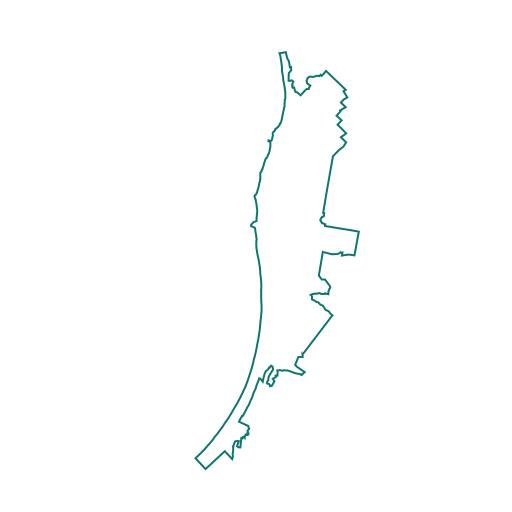 the district of Rojas pag., Rojas, Latvia, rotated 231°
{"feature_id": "27541924B95337165312273", "entity_name": "Rojas pag.", "entity_type": "district", "adm_level": 2, "iso_a3": "LVA", "parent_name": "Latvia", "parent_adm1": "Rojas", "projection": "albers", "projection_center": [22.762, 57.524], "detail": "fine", "context": "isolated", "style": "outline", "palette": "teal", "viewbox_px": 512, "rotation_deg": 231, "n_neighbors": 0, "source": "geoboundaries", "source_scale": "gbopen_adm2", "svg_char_len": 6021}
<svg xmlns="http://www.w3.org/2000/svg" viewBox="0 0 512 512"><g transform="rotate(231 256 256)"><path d="M287.6,397.6L294.9,396.7L294.5,403.2L301.1,402.7L306.7,402.0L307.6,407.9L314.3,406.9L315.0,411.2L315.5,413.0L316.2,413.0L315.2,419.4L321.8,418.5L322.4,422.7L321.7,426.7L329.0,427.7L328.7,430.3L355.8,426.9L355.3,424.8L354.6,420.5L356.2,420.3L355.9,418.5L356.4,418.1L356.9,417.5L357.7,416.9L359.1,413.2L361.0,411.3L361.7,410.3L361.8,407.9L361.5,407.7L360.3,405.5L357.9,404.4L354.2,405.4L354.0,404.3L353.3,403.4L353.4,403.0L352.6,402.1L353.9,400.3L353.8,398.5L352.8,391.8L356.3,391.2L358.1,390.6L358.5,390.0L360.1,390.3L363.0,391.7L363.8,390.3L364.5,390.6L365.4,391.1L365.6,391.8L366.4,391.9L367.6,393.9L368.0,394.7L370.1,394.3L370.3,393.9L370.3,393.5L371.1,392.2L371.7,391.6L377.4,396.5L378.2,400.3L380.8,402.1L381.3,401.1L386.6,404.1L390.1,404.7L395.6,407.4L398.8,401.9L396.1,400.8L389.9,397.2L386.3,394.9L383.1,392.4L378.3,389.8L376.6,388.7L376.0,388.1L369.5,384.7L365.1,382.0L361.6,379.3L360.5,378.3L359.9,377.9L359.5,377.4L359.5,377.0L359.3,376.6L357.9,375.6L357.3,375.0L356.9,374.4L354.4,372.5L353.7,371.6L353.6,371.1L352.2,369.7L351.9,369.1L351.2,368.2L349.9,366.8L349.1,365.7L348.4,365.0L347.7,364.0L346.7,362.9L345.3,361.1L344.8,360.5L343.7,358.5L343.6,358.1L343.8,357.8L342.8,356.4L342.6,354.7L342.3,354.2L342.5,353.7L342.4,353.5L342.3,353.0L342.4,351.8L342.3,351.5L342.5,350.8L342.0,350.3L341.6,349.6L341.6,349.1L341.5,348.7L341.5,348.3L341.3,347.8L341.4,347.5L341.4,346.8L340.8,346.2L340.6,346.0L338.7,344.7L338.4,344.0L338.1,343.7L337.7,343.3L337.0,342.3L336.5,341.9L336.3,341.4L336.0,340.1L336.1,339.8L336.3,339.8L336.3,339.6L337.2,338.8L337.6,338.8L338.0,338.5L337.9,338.4L337.4,337.9L337.0,338.2L337.1,338.6L336.5,339.2L334.6,338.2L331.8,335.8L331.1,335.0L330.5,334.2L329.5,333.2L327.6,330.4L327.2,329.8L327.2,329.1L326.5,328.2L325.9,327.2L325.7,326.7L325.5,325.8L325.6,325.4L325.0,323.8L323.6,321.8L323.1,320.7L321.8,319.3L320.2,316.5L319.5,315.9L319.5,315.7L319.6,315.4L319.4,314.8L318.5,313.9L318.4,313.6L318.4,313.2L318.2,312.7L318.0,312.3L318.0,311.9L317.9,311.6L317.5,311.3L316.6,310.7L316.2,310.2L314.2,308.8L313.5,308.0L313.2,307.8L312.5,306.9L311.7,306.2L311.1,305.4L310.9,304.7L309.9,303.8L309.5,303.2L308.3,301.9L307.7,300.8L306.6,299.6L306.3,298.7L305.6,298.1L304.6,296.5L304.0,295.2L303.8,294.5L303.8,294.2L304.0,293.6L303.6,292.8L303.4,292.7L303.3,292.4L302.4,292.0L302.1,291.7L299.9,291.1L299.2,290.7L298.9,290.4L297.4,289.8L290.4,285.5L289.2,284.4L287.4,282.5L286.0,281.2L285.8,280.9L285.4,280.7L285.3,280.4L285.2,280.3L282.8,278.5L283.9,275.4L283.3,271.8L282.3,271.0L278.7,272.9L277.9,272.6L273.8,270.0L273.0,269.7L268.4,266.9L268.1,266.4L267.0,265.3L265.7,264.3L265.2,263.7L263.8,262.8L261.3,260.9L260.9,260.8L256.3,258.1L250.7,255.3L245.2,252.1L241.4,249.6L239.9,248.4L235.5,245.7L232.3,243.5L229.2,241.2L225.4,237.8L222.7,235.8L221.9,235.0L216.6,230.9L214.7,229.7L210.1,226.0L205.7,221.8L201.8,217.8L197.3,213.5L190.3,205.9L188.0,203.1L186.5,201.3L185.6,200.3L184.9,199.4L184.3,198.9L182.8,196.9L181.4,195.3L178.9,192.0L178.3,191.3L177.4,189.6L176.0,188.1L174.6,186.4L174.2,185.8L172.6,183.6L172.1,182.8L170.1,180.1L169.7,179.3L168.3,177.2L164.7,171.6L161.6,166.4L158.6,160.5L155.5,153.8L153.4,148.7L152.5,146.2L152.0,144.8L149.5,138.4L148.2,134.9L147.0,131.1L145.8,126.9L144.3,122.4L143.0,117.4L142.9,116.7L142.3,114.7L141.6,111.2L141.6,110.9L141.2,109.4L140.5,107.3L140.1,105.5L139.3,101.0L138.9,98.3L138.6,97.2L138.5,96.0L138.2,94.9L137.8,90.7L137.4,89.0L137.4,87.2L137.1,85.0L137.1,83.2L137.0,82.7L136.9,82.6L136.9,81.7L122.2,82.7L123.9,108.9L113.2,109.7L114.4,111.5L117.3,113.7L118.8,115.5L121.1,117.4L121.9,118.3L122.3,118.1L125.1,123.2L123.2,126.2L122.9,126.1L121.9,124.4L120.0,121.5L118.4,121.9L117.1,123.4L123.5,129.8L123.1,129.9L122.9,130.2L123.3,130.9L123.3,131.1L123.5,131.4L123.6,131.6L123.5,131.9L123.5,132.1L123.1,132.1L123.2,132.3L123.1,132.5L122.6,132.4L122.5,132.7L122.2,132.6L122.1,132.8L121.9,132.8L122.5,133.3L122.9,133.9L123.7,135.6L122.9,136.0L122.2,136.9L123.5,137.5L122.8,138.4L125.4,139.3L126.1,142.0L126.9,142.2L127.6,142.3L128.6,143.1L137.9,138.5L139.0,140.8L140.4,144.3L140.5,144.6L140.0,144.8L140.3,145.8L140.9,147.4L141.4,148.4L141.6,148.7L142.6,151.5L143.3,152.7L144.0,154.3L144.3,155.5L144.9,157.0L145.8,158.5L147.7,162.0L147.9,162.6L148.0,163.2L151.4,168.4L153.2,172.4L154.9,174.6L157.7,179.7L158.9,181.5L157.8,182.2L154.1,182.2L156.2,184.7L159.2,188.8L160.3,191.1L160.2,193.8L161.0,196.2L160.6,196.3L161.3,198.7L159.5,199.2L157.1,197.9L154.6,190.8L153.9,189.8L153.6,189.0L152.3,188.0L151.7,187.1L151.6,186.5L150.4,184.5L149.3,184.7L148.5,185.4L147.5,185.7L145.9,185.0L145.1,186.4L146.4,190.0L146.5,190.0L147.1,191.5L150.0,191.8L149.5,195.5L150.7,196.0L149.6,197.5L153.2,200.5L153.6,200.6L152.3,202.7L150.2,204.3L150.0,205.3L146.9,208.7L140.3,212.7L135.8,216.4L135.7,216.3L135.0,216.3L134.8,216.4L134.8,216.6L134.9,217.0L134.9,218.0L135.1,219.0L135.0,219.8L135.1,220.8L143.1,218.4L144.7,218.0L146.8,218.0L150.6,225.0L150.8,225.3L148.2,228.8L150.3,230.3L150.2,230.3L152.3,239.2L153.2,242.6L155.3,251.5L156.0,254.2L161.8,278.1L164.0,277.6L166.5,277.7L167.6,277.5L168.7,277.1L169.5,276.5L170.5,276.1L175.4,276.8L177.3,275.5L179.6,275.2L180.7,275.4L182.4,274.0L184.6,273.4L187.0,272.2L189.2,274.0L190.6,274.2L191.3,274.0L190.9,275.8L189.4,278.6L188.5,279.2L187.9,280.7L187.2,282.0L185.3,282.9L184.0,284.5L182.9,286.1L183.3,286.4L180.8,288.2L183.2,290.4L183.7,291.6L184.2,292.2L184.1,292.3L184.9,294.0L186.0,294.5L194.4,294.8L196.3,292.3L201.2,292.5L217.1,310.5L209.5,316.1L208.9,317.3L208.7,317.3L206.5,320.2L205.5,322.7L205.7,324.0L205.3,324.1L204.3,325.4L202.3,323.0L200.4,326.3L198.9,328.7L197.1,330.6L194.5,332.9L210.2,351.2L213.9,348.1L235.9,328.5L236.6,329.0L237.1,329.8L240.0,328.0L240.4,328.3L241.0,328.1L241.3,328.1L241.9,328.5L243.3,328.4L244.5,330.5L244.5,332.0L244.8,332.2L244.4,333.0L244.3,333.9L246.4,336.0L247.2,335.3L262.7,352.8L285.1,378.6L286.1,387.0L286.0,392.7L287.6,397.6Z" fill="none" stroke="#0f766e" stroke-width="2"/></g></svg>